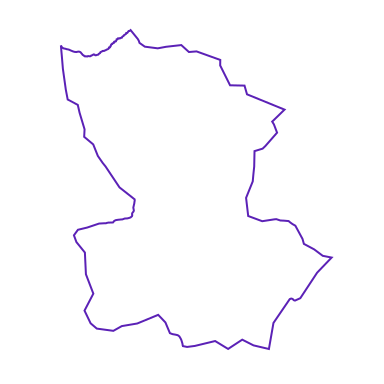 Uyanga, Övörhangay, Mongolia, rotated 276°
{"feature_id": "93677404B10592046266618", "entity_name": "Uyanga", "entity_type": "district", "adm_level": 2, "iso_a3": "MNG", "parent_name": "Mongolia", "parent_adm1": "Övörhangay", "projection": "orthographic", "projection_center": [102.144, 46.409], "detail": "fine", "context": "isolated", "style": "outline", "palette": "violet", "viewbox_px": 384, "rotation_deg": 276, "n_neighbors": 0, "source": "geoboundaries", "source_scale": "gbopen_adm2", "svg_char_len": 3849}
<svg xmlns="http://www.w3.org/2000/svg" viewBox="0 0 384 384"><g transform="rotate(276 192 192)"><path d="M62.8,97.5L50.8,104.9L46.2,111.6L45.7,128.3L51.3,136.2L55.5,151.3L66.3,171.2L59.5,179.2L49.3,184.8L48.6,187.5L48.4,190.4L48.1,192.8L47.1,194.5L45.1,196.0L44.0,196.7L42.7,197.3L40.8,198.1L39.7,198.5L38.7,198.7L37.8,199.1L37.4,203.3L39.2,210.9L46.2,230.6L39.7,244.3L50.4,257.4L45.9,269.2L43.9,284.9L70.3,286.7L95.7,300.4L96.0,301.1L96.3,301.5L96.4,302.2L96.2,302.9L96.1,303.3L95.8,303.7L95.2,304.3L94.9,305.0L94.8,305.8L97.7,310.8L124.9,324.9L141.4,337.7L142.2,328.7L147.7,319.5L152.1,308.7L156.9,306.8L169.3,298.3L170.6,295.3L172.1,292.7L173.2,291.1L173.1,286.2L172.9,282.9L173.8,278.7L173.4,276.7L170.3,264.9L174.0,250.4L191.8,246.4L208.9,251.3L216.3,251.2L223.8,251.2L239.2,249.9L242.5,257.7L245.3,260.1L259.9,270.4L267.8,266.4L270.4,264.4L283.6,275.4L294.9,236.5L303.3,233.1L302.1,218.7L320.8,206.8L326.3,206.3L332.3,181.8L330.9,174.3L337.0,166.0L333.7,151.0L331.3,142.9L331.6,129.9L334.8,124.2L336.8,123.3L338.5,122.1L339.4,121.2L340.9,119.7L346.6,114.0L345.9,113.4L345.6,113.0L345.6,112.5L345.5,112.2L345.1,111.9L344.7,111.7L344.4,111.5L343.9,111.3L343.5,111.0L343.3,110.7L343.3,110.3L343.3,110.0L343.2,109.9L342.5,109.9L342.3,109.8L341.3,108.6L341.1,108.2L340.7,107.9L340.3,107.8L339.9,107.5L339.6,106.9L339.3,106.6L339.0,106.4L338.7,106.3L338.3,106.2L338.3,105.8L338.2,105.7L337.9,105.5L337.8,105.2L337.7,104.8L337.6,104.4L337.5,104.2L337.2,104.2L337.1,103.9L337.1,103.6L337.2,103.2L337.1,102.7L337.1,102.4L336.8,102.3L336.6,102.3L336.3,102.2L336.1,102.0L336.1,101.3L336.0,101.1L335.6,101.1L335.1,101.0L334.6,100.7L334.3,100.6L333.9,100.6L333.7,100.3L333.5,99.9L333.5,99.7L333.6,99.4L333.5,99.2L333.4,99.0L333.2,98.8L332.9,98.8L332.5,98.9L332.2,98.8L332.0,98.5L332.0,98.2L331.9,98.0L331.7,97.9L331.5,97.7L331.4,97.4L331.2,97.1L330.9,97.1L330.7,97.1L330.6,96.9L330.4,96.4L330.2,96.2L329.2,96.0L328.8,96.0L328.5,95.8L328.3,95.5L328.1,95.5L327.8,95.5L327.3,95.3L327.0,94.9L327.1,94.4L326.8,94.2L326.5,94.2L326.1,94.2L325.5,93.7L325.1,93.1L324.8,92.4L324.6,92.1L324.4,91.8L324.0,91.4L323.8,90.9L323.6,90.5L323.2,90.0L323.0,89.5L323.1,89.0L323.0,88.7L322.9,88.3L322.4,87.8L322.0,87.2L321.7,86.6L321.4,86.3L321.3,86.2L320.6,86.1L320.2,85.6L319.9,85.2L319.6,84.8L318.9,84.5L318.7,84.1L318.5,83.4L318.3,82.9L318.1,82.6L317.9,82.0L317.9,81.6L318.0,81.2L318.5,80.7L318.5,80.0L318.5,79.6L318.1,79.3L318.0,79.0L317.8,78.7L317.6,78.5L317.5,78.3L317.4,78.1L317.3,77.8L317.2,77.5L316.9,77.3L316.7,77.2L316.4,76.7L316.3,76.4L316.3,75.7L316.3,75.2L316.3,74.7L316.3,74.4L316.1,74.0L315.8,73.6L315.8,73.4L315.8,73.2L315.9,72.8L315.8,72.3L315.9,71.9L315.7,71.6L315.7,71.2L315.9,70.8L316.2,70.3L316.6,69.9L316.7,69.5L316.9,69.0L317.4,68.5L317.9,68.1L318.2,67.7L318.5,67.4L318.9,67.0L319.3,66.6L319.5,66.1L319.7,65.5L319.8,64.7L319.5,63.4L319.1,62.3L319.1,61.2L319.1,60.4L319.2,59.9L319.4,58.9L320.2,56.2L320.6,55.2L320.8,54.1L320.9,53.2L320.9,52.7L321.0,52.1L321.2,51.4L321.4,49.3L322.1,47.7L324.0,46.3L310.6,48.9L301.1,50.7L280.6,55.8L271.0,58.7L266.7,69.3L259.1,71.9L243.1,78.6L235.6,79.0L229.0,88.8L218.0,94.6L211.5,100.2L208.4,103.3L189.0,119.4L178.7,135.7L177.5,135.9L177.0,135.9L176.2,135.8L174.9,135.8L173.9,135.7L172.4,135.5L171.4,135.4L170.8,135.3L170.4,135.3L170.1,135.3L169.3,135.6L168.2,135.9L167.5,136.1L166.5,135.9L165.9,135.5L165.2,135.0L164.4,134.7L163.7,134.7L162.8,135.0L161.6,134.8L161.5,134.7L161.3,134.5L161.2,134.4L160.3,133.6L159.6,132.1L159.0,130.5L158.7,128.6L158.6,127.9L157.5,125.7L157.3,124.6L157.2,124.0L157.0,123.1L156.7,121.6L156.1,119.3L155.8,118.7L155.0,117.6L154.2,117.1L153.5,116.7L153.3,115.8L153.1,114.0L152.9,112.9L152.9,112.3L152.3,110.4L151.9,109.7L151.8,108.4L150.9,102.9L145.7,91.5L142.5,82.5L136.6,79.1L130.1,82.3L120.6,91.8L99.1,95.1L80.6,104.5L62.8,97.5Z" fill="none" stroke="#5b21b6" stroke-width="2"/></g></svg>